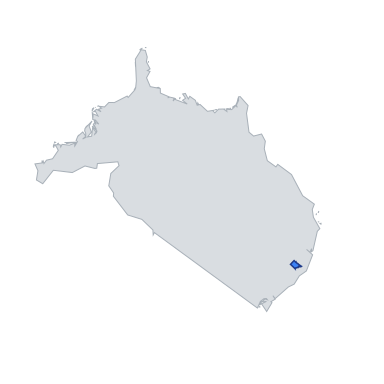 location of Shasta, California, United States of America, rotated 225°
{"feature_id": "52423323B16590015395010", "entity_name": "Shasta", "entity_type": "district", "adm_level": 2, "iso_a3": "USA", "parent_name": "United States of America", "parent_adm1": "California", "projection": "albers", "projection_center": [-122.484, 40.735], "detail": "fine", "context": "in_parent", "style": "filled", "palette": "blue", "viewbox_px": 384, "rotation_deg": 225, "n_neighbors": 0, "source": "geoboundaries", "source_scale": "gbopen_adm2", "svg_char_len": 4914}
<svg xmlns="http://www.w3.org/2000/svg" viewBox="0 0 384 384"><g transform="rotate(225 192 192)"><path d="M290.4,121.1L305.4,109.3L303.4,92.3L310.5,90.5L316.0,98.1L322.9,100.8L318.3,106.9L319.0,108.6L316.8,107.4L317.4,111.6L314.1,116.9L316.0,126.9L320.9,128.4L322.5,126.8L321.0,125.7L322.1,126.0L323.3,127.5L318.7,132.2L316.6,131.0L317.6,133.8L311.8,138.4L309.0,144.5L308.4,142.4L307.3,141.5L308.6,146.6L310.4,146.5L312.1,150.5L311.7,157.2L306.5,156.3L306.8,152.1L305.7,155.5L308.6,158.3L311.1,159.3L312.6,161.3L312.9,171.5L311.4,165.9L305.5,163.2L304.8,157.1L302.4,160.5L307.6,167.0L303.3,166.6L302.3,167.5L302.0,164.7L301.6,164.0L301.5,166.4L302.3,167.9L308.7,167.9L308.3,169.8L304.8,168.6L303.7,168.6L308.1,170.1L309.6,170.0L309.9,172.2L307.7,171.7L311.5,173.1L311.2,173.8L309.3,173.0L305.9,174.1L311.1,174.6L313.4,173.1L319.5,178.3L314.6,174.5L317.1,177.4L312.2,179.3L317.3,180.7L318.4,178.8L318.0,183.0L313.1,184.4L316.6,184.5L315.2,187.3L318.5,186.8L314.0,190.3L314.1,196.5L310.1,200.4L305.7,214.0L304.0,213.7L304.6,223.6L305.4,225.7L309.9,231.2L326.0,245.9L328.5,256.7L325.1,259.1L319.1,255.8L316.3,251.8L308.7,249.4L309.4,246.3L307.0,247.6L304.9,240.6L296.0,237.0L287.6,242.7L284.3,239.6L275.2,243.2L275.8,241.3L274.8,243.4L271.0,245.8L269.7,242.9L269.9,245.3L257.6,250.8L263.5,250.2L262.8,253.7L267.9,254.7L266.4,257.0L260.4,255.2L261.2,258.1L254.5,259.2L249.7,257.0L248.2,259.6L238.1,260.0L234.0,265.7L235.0,264.2L231.8,264.1L231.8,269.4L227.1,274.3L228.1,273.0L224.2,273.6L226.0,274.9L222.2,278.3L222.1,284.1L219.8,283.9L222.0,284.8L223.7,289.6L226.4,292.1L225.4,293.5L213.5,292.8L209.1,286.2L194.0,274.6L188.0,275.1L183.8,282.2L176.1,279.8L171.5,273.7L160.9,267.4L150.4,269.1L150.9,272.2L134.0,274.7L111.1,267.6L96.9,269.9L94.6,264.7L88.3,260.0L75.7,256.5L75.6,252.8L65.0,236.0L65.3,234.2L67.4,236.5L66.0,232.8L70.4,232.4L62.3,232.9L55.3,217.0L56.8,208.6L54.6,199.1L56.7,193.0L57.8,175.4L61.5,175.9L57.4,175.0L58.6,170.2L57.2,170.3L54.7,160.3L63.7,162.1L62.0,167.3L64.9,163.7L64.7,168.0L62.5,169.1L64.1,169.3L65.7,167.5L66.3,163.0L63.7,156.2L189.9,136.7L189.1,134.2L192.8,137.5L208.1,137.2L221.2,130.3L244.6,133.4L246.7,135.9L255.2,137.5L262.5,147.7L262.2,159.0L265.8,160.9L279.0,145.2L276.2,141.5L277.3,140.0L286.1,134.7L290.4,121.1ZM314.7,138.9L317.1,136.8L309.2,145.3L315.2,137.3L314.7,138.9ZM64.4,160.4L65.7,163.2L65.6,163.6L63.9,161.5L64.4,160.4ZM226.0,291.3L223.3,287.4L222.7,284.9L223.6,287.4L226.0,291.3ZM319.1,106.8L319.9,108.0L319.3,108.0L319.1,106.8ZM250.3,258.2L250.9,259.1L249.6,258.7L250.3,258.2ZM80.7,260.7L82.1,260.0L80.7,260.7ZM79.2,260.3L78.6,261.1L78.1,260.4L79.2,260.3ZM321.3,130.7L321.0,132.0L320.7,131.9L321.3,130.7ZM222.8,282.4L222.6,284.6L223.4,280.2L222.8,282.4ZM320.9,241.0L324.1,243.9L320.5,240.7L320.9,241.0ZM88.2,263.8L88.9,264.9L88.1,263.9L88.2,263.8ZM329.4,256.9L328.8,258.7L329.4,255.3L329.4,256.9ZM321.2,180.4L320.9,182.4L319.9,178.6L321.2,180.4ZM63.2,158.2L63.2,159.0L62.7,158.6L63.2,158.2ZM226.3,275.7L224.5,277.2L226.3,275.4L226.3,275.7ZM324.0,129.4L324.5,130.3L323.6,130.6L324.0,129.4ZM88.3,266.9L88.9,268.2L88.1,267.0L88.3,266.9ZM224.3,278.1L223.6,278.8L224.1,277.8L224.3,278.1ZM313.0,163.1L313.0,165.6L312.8,162.2L313.0,163.1ZM233.6,266.8L232.6,268.0L234.0,266.0L233.6,266.8ZM305.4,224.4L305.9,226.1L305.2,225.1L305.4,224.4ZM319.0,186.8L318.8,187.3L319.3,185.6L319.0,186.8ZM290.8,240.9L289.6,242.4L288.9,242.5L290.8,240.9ZM270.3,245.8L270.1,246.2L269.2,246.5L270.3,245.8ZM314.6,252.8L315.4,253.8L314.3,252.7L314.6,252.8ZM267.2,249.6L267.3,250.7L266.5,248.9L267.2,249.6ZM327.1,261.3L326.3,261.8L327.4,260.9L327.1,261.3ZM312.3,151.3L312.3,152.5L312.1,150.8L312.3,151.3ZM320.2,183.2L319.9,183.8L320.2,183.2Z" fill="#d9dde1" stroke="#a8b0b8" stroke-width="1"/><path d="M70.4,215.7L71.1,215.7L71.3,215.7L71.3,215.3L71.3,212.6L71.2,212.5L71.2,212.3L71.2,210.5L67.0,210.6L66.9,210.6L66.1,210.6L65.0,210.6L65.3,210.8L65.3,211.1L65.2,211.2L65.0,211.3L64.9,211.3L64.9,211.6L64.9,211.8L64.7,211.9L64.7,212.0L64.5,212.3L64.4,212.4L64.5,212.5L64.4,212.7L64.4,212.8L64.3,213.0L64.2,213.0L64.2,213.3L64.1,213.5L63.9,213.6L63.9,213.8L63.8,214.0L63.7,214.0L63.8,214.2L63.8,214.3L63.9,214.5L64.0,214.7L64.0,214.8L63.9,214.9L63.7,214.9L63.7,215.0L63.4,215.3L63.2,215.3L63.2,215.5L62.9,215.6L62.7,215.7L62.7,215.8L62.4,215.9L62.4,216.0L62.2,216.3L62.0,216.5L62.0,216.8L62.2,216.7L62.3,216.7L62.5,216.7L62.8,216.7L63.0,216.5L63.0,216.4L63.1,216.5L63.2,216.4L63.3,216.4L63.5,216.4L63.8,216.3L64.0,216.5L64.3,216.5L64.4,216.4L64.5,216.4L64.8,216.2L65.0,216.1L65.3,216.2L65.5,216.2L65.7,216.3L65.8,216.3L65.9,216.2L66.0,216.2L66.3,216.2L66.5,216.1L66.8,216.2L66.7,216.2L66.8,216.1L67.0,216.1L67.3,216.0L67.3,215.9L67.5,215.9L67.8,215.9L68.0,215.9L68.3,215.9L68.5,215.8L68.7,215.7L68.8,215.8L68.8,215.7L68.8,215.8L69.0,215.8L69.1,215.7L69.3,215.7L69.5,215.7L69.5,215.8L69.5,215.7L69.5,215.8L69.8,215.8L70.0,215.7L70.4,215.7Z" fill="#3b82f6" stroke="#1e3a8a" stroke-width="1.5"/></g></svg>